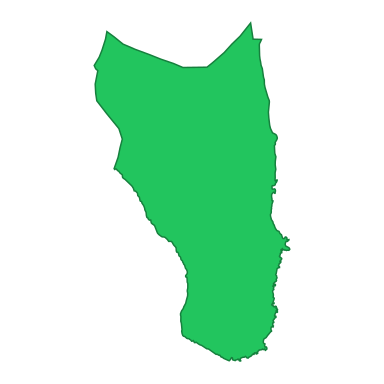 the district of Mrémani, Andjouân, Comoros
{"feature_id": "10938185B83207987774368", "entity_name": "Mrémani", "entity_type": "district", "adm_level": 2, "iso_a3": "COM", "parent_name": "Comoros", "parent_adm1": "Andjouân", "projection": "equal_earth", "projection_center": [44.513, -12.33], "detail": "fine", "context": "isolated", "style": "filled", "palette": "green", "viewbox_px": 384, "rotation_deg": 0, "n_neighbors": 0, "source": "geoboundaries", "source_scale": "gbopen_adm2", "svg_char_len": 6075}
<svg xmlns="http://www.w3.org/2000/svg" viewBox="0 0 384 384"><path d="M106.9,31.6L105.5,39.2L102.0,50.2L99.2,57.2L94.2,65.5L95.7,68.8L97.8,70.7L95.2,84.1L95.7,93.2L96.8,100.8L106.6,113.5L118.9,128.6L122.3,139.1L120.1,147.6L118.1,157.3L114.1,168.7L114.8,169.5L115.6,168.9L116.4,169.1L117.6,170.6L118.7,171.2L120.3,173.3L122.0,174.5L122.3,175.0L122.5,176.9L122.7,177.6L123.7,178.5L125.1,179.4L131.2,185.3L132.4,186.6L132.7,187.3L133.3,188.1L134.2,190.9L135.2,191.0L135.8,191.4L137.1,192.6L137.5,193.4L137.8,195.6L139.4,197.3L140.0,200.4L140.4,201.2L141.1,201.3L141.7,201.9L142.0,203.2L143.4,205.2L144.0,206.4L144.6,208.1L144.9,209.9L146.1,212.4L146.4,215.6L146.8,217.2L147.3,217.7L147.9,218.0L148.2,218.9L149.3,220.1L150.7,220.0L151.3,222.9L152.4,224.0L153.7,224.8L154.7,225.9L157.3,232.6L157.6,233.2L158.9,234.6L161.6,236.6L162.4,236.9L164.1,237.0L165.1,237.4L167.4,239.5L168.7,241.4L171.3,241.4L172.1,242.2L173.6,244.9L175.7,247.2L176.1,248.0L176.3,251.0L176.7,252.1L177.6,252.2L178.4,253.1L179.0,255.8L180.2,256.7L180.7,257.7L181.0,259.5L181.6,260.2L182.3,260.6L182.8,262.2L183.3,262.9L183.6,264.0L184.6,265.2L185.5,268.3L186.5,269.5L187.2,271.1L187.3,272.7L187.2,273.6L185.7,275.6L185.6,276.2L185.8,276.9L186.3,277.2L186.8,277.2L186.9,277.5L187.1,278.9L187.2,282.1L187.8,283.6L187.8,287.6L187.6,289.0L187.3,290.0L187.3,291.5L187.7,293.2L187.6,295.9L186.4,300.2L185.7,303.3L183.8,306.8L183.3,308.4L181.5,311.1L180.5,313.8L180.6,315.5L180.9,316.5L180.8,321.2L181.4,323.5L182.0,329.7L181.7,331.1L182.1,333.6L182.8,335.5L183.2,335.9L183.8,336.3L184.9,336.6L186.8,338.3L187.5,338.6L188.8,338.7L190.8,340.1L191.6,341.2L192.5,341.1L193.2,340.6L193.9,341.5L194.4,342.6L195.1,342.7L196.1,342.2L198.7,344.1L200.1,344.9L201.5,345.3L206.8,348.8L208.4,348.9L216.0,354.3L217.4,354.3L218.5,355.1L219.9,355.3L220.9,356.8L221.3,357.0L221.8,357.0L222.0,357.3L222.5,357.4L223.7,358.4L229.0,360.7L229.4,360.7L230.3,359.6L231.0,358.3L231.6,357.6L232.1,357.7L232.5,358.1L232.5,359.5L232.8,359.9L235.2,360.6L235.9,359.9L237.0,359.8L237.5,359.5L237.7,359.2L238.0,359.2L238.4,359.2L238.9,359.8L239.0,360.4L239.5,360.9L240.6,361.0L240.7,360.4L239.9,359.3L240.8,358.2L241.4,357.8L242.7,357.3L244.3,357.2L245.4,356.4L247.0,357.9L248.1,358.1L248.6,357.4L251.2,356.0L252.7,354.3L253.6,353.7L253.7,354.4L254.0,354.4L254.6,352.9L255.9,352.9L256.1,353.9L256.3,354.0L257.5,353.5L257.8,353.0L257.7,352.8L257.1,352.6L257.0,352.4L258.3,351.0L258.9,350.6L259.2,350.0L261.3,349.8L262.5,349.1L262.9,349.5L263.4,349.6L264.6,349.0L264.8,349.2L265.3,350.4L265.5,350.4L266.1,349.6L266.7,349.3L266.9,348.9L266.8,347.8L266.4,347.0L265.7,346.9L265.2,347.1L264.9,346.7L264.6,345.0L265.0,344.0L263.8,343.4L263.4,342.8L263.3,341.4L263.6,339.8L264.0,338.9L266.1,337.6L267.5,335.6L270.6,331.8L271.5,331.3L271.5,330.7L271.1,330.0L270.9,328.6L271.3,327.1L272.1,326.7L272.5,326.9L273.0,326.3L273.2,326.6L273.4,326.1L273.4,325.9L272.8,325.7L272.7,325.4L272.8,325.2L272.7,323.1L273.1,322.7L273.6,322.7L273.9,322.2L273.2,321.0L273.1,320.3L274.1,319.3L274.3,318.9L274.3,318.4L275.1,318.0L275.4,317.5L275.9,317.4L276.0,316.8L275.7,316.1L274.7,316.1L274.6,315.2L275.9,312.1L276.3,312.0L277.0,312.4L277.4,312.2L277.4,311.5L276.3,311.0L276.2,310.6L276.5,310.3L277.4,310.2L277.5,309.5L277.0,309.2L276.9,308.2L276.1,308.1L276.2,306.5L275.8,306.3L275.3,306.3L274.2,306.9L273.9,306.7L273.5,305.9L272.8,305.8L272.0,305.1L271.8,304.6L272.0,304.1L272.4,303.9L273.4,304.0L274.0,303.6L274.1,303.1L272.8,303.0L274.2,298.6L274.1,298.0L273.2,297.4L273.4,294.9L273.2,293.7L272.7,292.1L272.6,290.7L273.2,290.0L273.8,289.6L273.8,289.3L273.4,288.3L273.8,287.5L273.8,287.0L272.9,286.3L272.9,286.0L273.8,285.5L274.8,285.8L275.3,285.7L275.5,285.0L275.3,284.4L273.8,284.5L273.5,284.2L273.5,283.6L275.3,281.7L276.1,281.3L276.5,280.5L276.2,279.2L276.9,278.2L277.0,277.4L276.6,276.7L276.5,275.6L275.8,274.9L275.7,274.4L276.2,273.5L277.0,269.0L277.3,268.4L278.2,268.0L278.5,267.5L279.0,267.3L279.5,267.5L279.6,267.0L278.5,265.7L279.0,264.7L279.1,264.0L279.3,263.6L280.1,263.1L280.8,262.3L280.8,261.6L280.0,261.5L280.0,261.1L280.7,260.7L280.9,260.1L281.7,259.0L281.7,258.4L280.8,257.6L280.1,257.4L279.9,256.3L279.5,256.1L280.2,254.8L280.3,253.5L280.6,253.0L281.3,253.0L281.7,252.8L281.8,252.4L281.4,251.6L281.1,250.8L281.1,249.6L281.7,249.5L282.2,250.4L282.5,249.8L282.1,249.0L282.3,248.7L283.1,249.6L283.8,249.6L284.0,250.0L284.3,249.9L284.5,250.1L285.7,250.1L286.4,250.5L287.3,250.2L288.7,250.3L289.4,249.9L289.8,249.2L289.3,248.2L288.9,247.7L285.7,246.0L285.2,244.6L285.4,242.9L286.1,241.4L287.5,241.4L288.4,240.4L288.8,240.2L288.9,239.6L287.2,239.8L286.9,239.5L287.0,238.1L286.0,237.0L285.3,237.0L284.6,238.1L284.1,238.6L283.2,238.6L282.7,238.2L282.2,237.0L281.4,234.6L280.7,234.2L279.9,233.4L279.0,231.4L277.2,230.7L276.7,230.3L275.6,228.7L274.9,227.3L274.2,225.1L273.3,223.7L272.8,221.6L271.8,220.2L271.4,219.5L270.6,216.5L270.4,214.7L270.7,213.8L271.2,212.8L271.3,211.1L271.2,210.1L271.5,209.0L271.6,208.2L271.4,207.8L271.8,206.1L271.9,204.4L272.2,203.3L272.9,201.6L272.9,200.8L272.2,200.8L272.0,200.7L272.0,199.0L271.6,196.9L271.6,195.1L271.8,194.1L273.4,192.3L274.7,192.9L274.8,193.3L275.0,193.3L275.2,192.8L275.0,192.3L275.5,191.0L275.2,189.4L274.6,188.9L272.6,189.2L272.1,188.8L272.0,186.5L272.2,185.8L272.6,185.6L273.7,185.7L275.2,184.8L275.4,183.4L276.3,182.4L276.6,181.9L276.6,181.5L277.1,180.8L277.1,180.0L276.7,180.0L275.9,180.9L275.4,181.0L275.1,180.4L275.1,178.5L275.2,177.8L275.1,172.8L275.8,169.3L275.2,164.8L275.3,161.3L275.9,156.8L274.8,153.3L274.4,145.6L275.3,144.5L275.4,143.6L275.1,142.8L275.5,141.9L276.8,139.7L277.3,138.2L277.2,137.4L276.8,136.1L276.3,135.1L275.6,134.4L272.5,132.8L270.5,128.5L269.7,125.3L268.8,117.8L268.4,112.2L269.4,101.9L269.2,100.4L267.9,97.2L265.0,87.4L264.4,84.2L264.3,79.9L263.5,77.2L262.3,68.5L261.1,65.4L260.5,61.4L260.0,59.2L259.6,55.7L259.3,44.7L259.6,43.4L260.6,41.5L261.5,39.4L253.1,39.2L250.6,23.0L240.1,36.2L231.9,44.1L224.2,52.6L212.6,62.7L207.0,67.2L182.9,67.5L173.5,63.5L160.9,59.2L149.4,54.6L135.3,49.4L123.0,44.1L114.0,36.8L106.9,31.6Z" fill="#22c55e" stroke="#15803d" stroke-width="1.5"/></svg>